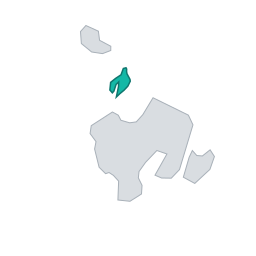 Lumparland on a map of Aland (Mercator projection), rotated 212°
{"feature_id": "ALD-4819", "entity_name": "Lumparland", "entity_type": "state/province", "adm_level": 1, "iso_a3": "ALA", "parent_name": "Aland", "parent_adm1": "", "projection": "mercator", "projection_center": [20.249, 60.105], "detail": "fine", "context": "in_parent", "style": "filled", "palette": "teal", "viewbox_px": 256, "rotation_deg": 212, "n_neighbors": 0, "source": "natural_earth", "source_scale": "10m", "svg_char_len": 1072}
<svg xmlns="http://www.w3.org/2000/svg" viewBox="0 0 256 256"><g transform="rotate(212 128 128)"><path d="M115.3,80.1L120.5,80.2L122.8,77.4L131.7,79.4L145.2,92.5L147.9,99.5L157.2,103.2L160.4,110.5L149.7,133.3L143.0,133.7L138.1,130.8L129.3,133.3L124.2,137.6L122.5,147.1L122.8,166.9L83.6,170.9L74.6,165.1L62.3,120.0L64.7,108.4L73.0,103.4L80.1,102.3L81.2,126.6L91.6,124.2L94.9,108.2L95.6,96.9L92.8,91.2L85.7,86.8L81.6,79.2L87.5,66.9L98.4,61.6L107.8,78.0L115.3,80.1ZM60.6,135.5L61.5,143.0L55.1,141.1L50.1,143.7L46.8,153.0L39.6,149.6L36.6,136.3L42.0,116.4L55.0,115.6L60.6,135.5ZM219.4,184.6L218.0,192.6L204.4,194.4L198.6,187.3L185.9,188.2L183.7,184.6L189.0,177.6L199.1,173.2L212.3,174.9L219.4,184.6Z" fill="#d9dde1" stroke="#a8b0b8" stroke-width="1"/><path d="M163.5,150.6L166.9,157.5L164.8,163.5L162.1,169.4L163.5,176.0L161.6,178.0L160.4,177.3L159.3,175.4L157.7,173.5L152.1,170.3L150.9,168.9L150.3,163.4L151.4,157.9L153.1,152.8L154.3,148.1L158.0,158.1L160.3,162.1L161.2,158.6L159.5,151.8L159.9,149.5L163.5,150.6Z" fill="#14b8a6" stroke="#0f766e" stroke-width="1.5"/></g></svg>